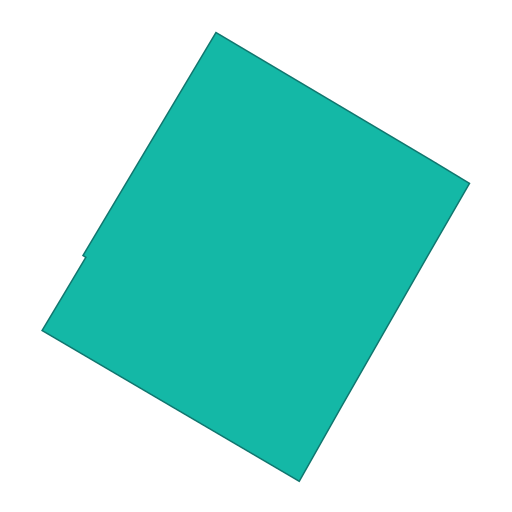 outline of Knox, Missouri, United States of America, rotated 210°
{"feature_id": "52423323B21242866198825", "entity_name": "Knox", "entity_type": "district", "adm_level": 2, "iso_a3": "USA", "parent_name": "United States of America", "parent_adm1": "Missouri", "projection": "orthographic", "projection_center": [-92.125, 40.126], "detail": "fine", "context": "isolated", "style": "filled", "palette": "teal", "viewbox_px": 512, "rotation_deg": 210, "n_neighbors": 0, "source": "geoboundaries", "source_scale": "gbopen_adm2", "svg_char_len": 301}
<svg xmlns="http://www.w3.org/2000/svg" viewBox="0 0 512 512"><g transform="rotate(210 256 256)"><path d="M402.4,429.5L406.1,169.9L402.7,169.8L403.3,127.3L404.0,84.5L105.9,82.5L106.7,167.8L107.4,343.2L107.4,425.6L150.2,426.5L402.4,429.5Z" fill="#14b8a6" stroke="#0f766e" stroke-width="1.5"/></g></svg>